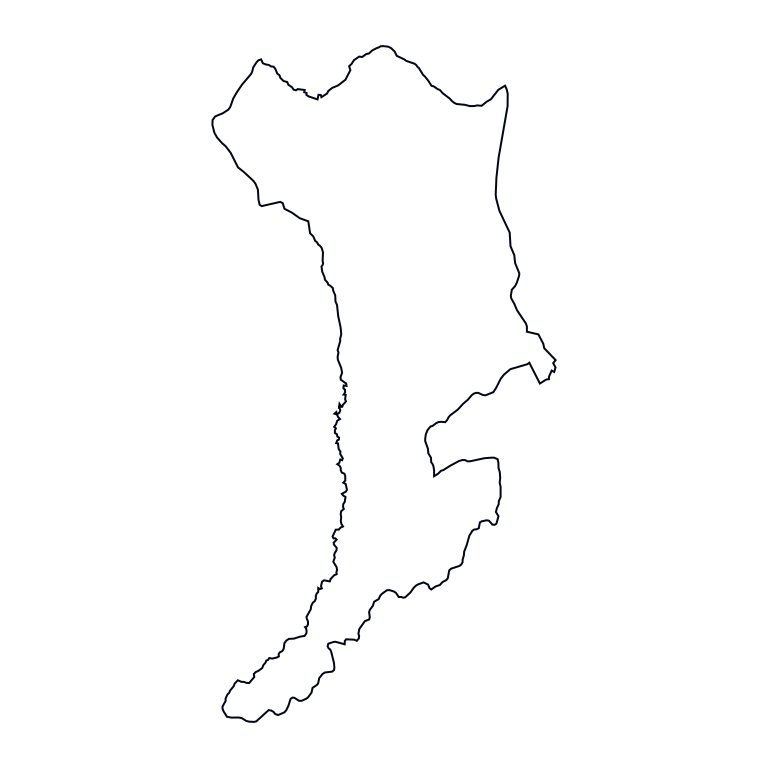 Webuye West, Western, Kenya (Mercator projection)
{"feature_id": "3690345B24019880317128", "entity_name": "Webuye West", "entity_type": "district", "adm_level": 2, "iso_a3": "KEN", "parent_name": "Kenya", "parent_adm1": "Western", "projection": "mercator", "projection_center": [34.696, 0.598], "detail": "fine", "context": "isolated", "style": "outline", "palette": "ink", "viewbox_px": 768, "rotation_deg": 0, "n_neighbors": 0, "source": "geoboundaries", "source_scale": "gbopen_adm2", "svg_char_len": 6053}
<svg xmlns="http://www.w3.org/2000/svg" viewBox="0 0 768 768"><path d="M324.9,279.7L327.6,282.6L328.3,284.7L330.1,285.6L332.8,288.0L333.2,290.6L335.2,295.3L335.5,301.6L337.0,304.9L338.2,316.1L340.5,326.8L341.1,332.0L341.2,334.6L340.1,338.9L340.2,341.3L337.6,350.1L338.5,352.3L337.6,356.9L337.9,359.8L341.2,367.9L342.1,372.8L340.5,377.1L340.8,379.7L346.1,383.5L346.5,385.9L343.7,385.5L343.4,388.3L345.0,389.7L345.1,392.5L343.6,394.6L345.7,394.9L345.1,399.3L346.0,401.4L342.9,404.9L342.2,406.8L339.1,406.9L340.3,410.2L339.3,412.8L336.8,414.4L338.3,417.3L340.0,419.0L337.2,420.8L336.1,424.2L334.2,426.8L335.9,428.3L334.9,430.3L334.9,433.0L337.0,434.3L337.3,436.5L339.1,437.6L338.9,439.6L337.2,440.4L336.2,443.1L338.0,443.4L338.7,449.1L340.4,451.5L340.2,454.0L342.8,458.3L342.1,460.2L340.3,459.5L339.3,462.8L337.3,464.2L339.5,465.7L340.8,468.0L340.7,470.0L341.7,472.5L344.4,473.7L345.2,475.8L345.3,480.6L343.3,482.7L345.7,484.0L347.0,489.9L345.8,491.7L341.8,493.9L343.4,495.7L345.5,496.9L344.7,502.0L343.3,504.0L343.0,506.8L343.8,509.0L341.1,511.3L340.7,514.2L341.2,517.0L340.8,521.1L341.4,524.0L343.0,526.5L340.7,527.5L338.8,529.6L335.7,529.7L332.6,536.5L333.5,538.3L335.4,538.3L336.6,539.7L333.7,542.6L333.9,544.5L336.7,547.8L336.5,550.3L334.7,553.1L334.1,555.2L334.8,557.5L333.3,561.8L336.5,566.9L337.1,570.0L336.4,572.2L336.7,574.2L334.2,575.2L330.6,579.0L329.8,581.4L324.1,580.3L322.1,581.6L321.0,586.1L321.8,588.4L319.9,589.1L318.3,588.0L318.2,592.0L316.7,593.5L315.8,595.8L315.9,598.7L314.5,601.4L312.8,602.7L311.1,606.2L310.8,609.2L306.5,616.9L306.8,618.7L308.0,621.5L308.0,624.1L307.2,626.3L305.1,627.1L306.2,628.6L306.6,631.2L306.3,633.5L304.6,635.9L299.9,636.7L294.0,638.6L288.8,638.9L286.3,640.6L284.4,643.2L283.7,648.7L282.3,651.1L279.8,652.3L278.6,654.2L278.9,656.4L276.9,657.5L272.2,658.6L269.3,658.0L268.1,659.9L266.3,660.6L265.3,663.0L263.4,665.0L262.2,668.1L258.0,671.1L255.8,672.0L253.8,674.0L254.3,677.0L249.2,683.0L246.4,682.9L244.0,681.9L241.6,681.9L237.8,680.3L234.7,683.5L233.7,686.2L230.1,690.6L229.2,692.8L227.5,694.4L225.6,698.5L225.6,700.9L222.5,706.6L222.6,708.9L223.6,711.4L226.9,716.7L231.2,717.6L238.7,717.5L241.9,718.2L246.2,720.9L248.9,721.6L254.0,721.9L256.2,721.4L268.7,710.1L271.3,710.6L273.4,711.8L275.3,714.1L278.2,715.0L284.5,712.3L286.3,710.2L288.5,705.5L290.6,698.8L292.5,697.6L294.4,697.8L299.0,700.8L301.6,700.8L306.1,698.8L308.1,697.3L311.5,692.7L312.6,687.8L316.7,685.1L318.1,683.5L319.2,678.2L322.5,674.0L324.9,672.5L332.2,671.6L334.0,670.1L334.4,667.6L333.9,662.6L331.1,651.5L330.2,649.5L328.6,648.3L327.6,646.3L328.3,643.7L333.7,641.9L335.6,641.8L344.7,644.3L344.8,641.0L346.2,639.3L354.3,639.7L356.8,640.8L359.0,638.2L359.1,635.7L358.4,633.9L359.3,629.0L364.9,621.1L369.1,619.5L369.8,617.3L369.1,612.2L369.8,609.9L372.8,605.9L374.2,601.7L378.6,599.1L380.4,595.4L382.2,593.6L387.0,590.2L389.5,590.1L393.9,591.5L396.0,592.9L398.7,597.0L401.4,597.0L403.3,597.7L405.2,597.3L410.4,592.5L413.8,587.7L415.9,585.7L417.8,584.5L423.6,582.4L428.1,584.6L429.5,588.1L431.2,589.5L435.7,586.4L439.9,585.0L442.4,582.1L446.3,580.1L447.8,578.2L449.2,570.5L451.0,568.7L459.5,565.9L461.3,564.4L462.6,562.2L462.6,559.7L463.9,555.3L464.2,551.5L466.5,545.7L469.4,535.6L472.5,530.6L474.3,529.5L476.6,529.3L478.8,528.2L479.9,522.4L481.7,521.3L486.7,520.3L489.0,520.7L492.4,524.6L494.7,524.8L496.4,523.7L498.5,516.2L495.9,512.0L496.9,508.1L498.7,504.2L498.8,501.2L500.6,497.0L500.6,486.9L499.7,482.7L500.2,478.1L499.8,472.1L498.5,468.1L498.4,462.7L497.6,459.2L494.2,457.7L491.3,457.7L484.5,458.2L470.5,461.2L467.7,461.4L465.1,460.1L462.6,460.0L459.0,461.0L450.1,465.8L443.1,470.2L441.1,470.7L438.0,473.8L434.1,476.2L434.1,470.6L433.5,466.5L432.6,464.1L431.2,462.2L431.0,457.8L428.3,453.2L427.9,448.6L425.2,441.2L425.2,438.9L425.8,434.4L427.6,430.0L430.5,426.5L432.6,425.9L436.1,423.2L438.4,422.1L441.1,421.8L445.2,422.2L447.2,420.0L448.4,417.5L450.1,415.4L457.7,409.7L463.2,403.7L467.9,399.7L471.8,395.1L473.9,393.6L475.8,392.9L478.3,392.9L482.9,395.0L485.5,395.3L493.3,392.2L496.2,387.7L500.8,378.6L503.9,374.7L510.3,369.2L527.4,364.2L529.3,362.7L539.9,383.5L546.3,379.5L548.9,379.2L549.1,376.4L551.7,370.6L554.2,372.0L555.5,367.5L553.2,363.1L555.6,360.1L544.2,348.2L543.3,343.8L538.4,334.4L526.9,331.7L526.9,326.4L525.9,323.5L517.0,310.2L514.4,304.0L511.3,298.5L510.8,296.0L511.8,289.8L515.1,286.1L516.8,282.7L519.1,275.8L519.3,273.3L515.1,263.0L514.3,255.2L510.5,246.2L509.7,232.6L499.4,210.8L496.3,199.1L495.7,194.8L496.4,177.9L498.6,157.7L507.6,106.1L507.7,93.6L506.6,89.2L505.1,85.7L498.3,89.8L490.9,99.3L486.8,101.6L481.6,105.8L477.0,105.4L474.8,106.0L470.0,106.1L464.8,104.8L456.6,104.0L454.3,102.9L452.0,101.1L449.9,98.7L442.8,93.3L439.9,90.0L437.6,89.1L433.8,86.4L431.5,85.8L428.5,81.0L425.0,76.6L423.1,74.9L419.0,68.2L417.6,67.0L416.4,65.2L414.7,63.8L406.1,60.8L404.5,59.5L396.7,55.8L394.7,51.6L391.2,48.2L388.3,46.7L383.3,46.1L380.5,46.3L379.0,47.3L376.5,48.2L372.3,50.4L368.8,53.6L366.2,54.1L362.1,57.0L359.2,56.6L354.0,60.1L351.5,64.0L349.1,66.2L350.4,70.1L345.4,79.8L338.0,85.5L332.2,87.9L328.2,91.1L327.1,93.5L321.4,97.2L320.9,95.1L318.5,94.8L317.5,99.4L308.6,96.4L306.4,94.9L306.6,93.1L304.2,92.2L304.7,90.0L297.7,89.1L296.0,90.3L293.5,89.6L292.2,87.4L288.3,84.7L287.2,82.0L283.5,81.0L280.3,77.8L279.5,75.3L277.3,73.6L275.3,68.8L273.6,66.7L271.0,66.4L268.9,65.0L265.6,64.4L262.8,63.2L261.1,59.4L258.4,60.3L256.6,62.2L253.4,67.1L252.0,72.1L250.8,74.3L242.2,84.4L237.0,92.0L233.3,98.4L230.2,107.1L228.4,109.6L223.1,113.1L215.2,116.4L212.6,120.0L212.4,124.9L214.4,132.8L217.0,137.4L221.9,143.0L225.8,146.4L230.7,152.9L238.0,167.4L243.4,171.6L253.4,180.9L255.4,183.6L257.9,189.6L258.5,199.7L259.6,204.7L261.7,206.1L280.2,201.9L282.7,203.1L284.5,208.8L292.0,212.7L299.7,218.2L308.3,221.3L310.1,233.3L313.3,236.4L315.2,240.9L317.0,242.3L318.2,244.5L320.1,245.9L321.6,247.8L323.0,252.3L322.6,260.9L323.1,263.1L322.7,264.9L321.5,266.5L322.2,271.6L324.6,277.4L324.9,279.7ZM336.8,414.4L336.3,412.1L334.5,413.7L336.8,414.4ZM339.1,406.9L340.7,405.7L339.5,403.9L339.1,406.9Z" fill="none" stroke="#020617" stroke-width="2"/></svg>